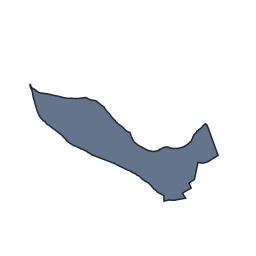 the district of Kota Dumai, Riau, Indonesia, rotated 327°
{"feature_id": "22746128B18875576502901", "entity_name": "Kota Dumai", "entity_type": "district", "adm_level": 2, "iso_a3": "IDN", "parent_name": "Indonesia", "parent_adm1": "Riau", "projection": "robinson", "projection_center": [101.324, 1.853], "detail": "fine", "context": "isolated", "style": "filled", "palette": "slate", "viewbox_px": 256, "rotation_deg": 327, "n_neighbors": 0, "source": "geoboundaries", "source_scale": "gbopen_adm2", "svg_char_len": 5459}
<svg xmlns="http://www.w3.org/2000/svg" viewBox="0 0 256 256"><g transform="rotate(327 128 128)"><path d="M195.4,166.7L194.7,166.7L194.5,166.8L194.3,166.7L194.0,166.7L193.8,166.8L192.7,166.9L191.4,167.3L191.0,167.4L189.9,167.8L189.4,167.9L186.4,167.9L185.8,168.1L185.7,168.2L184.4,168.1L183.8,168.2L183.5,168.6L183.1,168.9L181.7,169.2L181.4,169.3L180.2,169.5L179.5,169.8L179.3,170.0L178.9,170.1L178.3,170.4L178.1,170.5L177.9,170.5L177.7,170.8L177.0,171.2L176.7,171.7L176.5,171.8L176.0,172.0L175.7,172.1L175.2,172.4L174.3,173.1L173.6,173.4L172.2,173.5L172.0,173.9L170.6,173.9L169.8,174.1L169.6,174.2L168.7,174.1L168.0,174.1L167.8,174.2L167.6,174.2L167.4,174.2L167.2,174.3L167.1,174.2L166.6,174.2L166.3,174.3L165.8,174.2L165.5,174.0L164.8,174.1L164.4,174.2L164.2,174.0L163.6,174.0L163.2,173.7L162.5,173.5L162.4,173.4L162.2,173.4L161.9,173.4L161.6,173.2L161.2,173.1L160.7,173.0L160.2,172.8L159.5,172.6L159.3,172.4L158.7,172.3L158.3,171.9L158.0,171.9L157.4,171.5L157.0,171.2L155.6,170.3L155.0,169.8L154.5,169.6L154.0,169.2L153.8,168.8L153.6,168.6L153.5,168.4L153.3,168.2L152.3,167.9L152.1,167.5L151.8,166.5L151.5,166.2L151.0,165.6L150.3,165.3L149.7,164.8L149.5,164.7L149.4,164.5L149.3,164.4L149.0,164.4L148.3,164.1L148.0,163.9L147.8,163.8L146.7,163.6L145.9,163.6L145.7,163.5L143.1,163.5L143.1,163.4L142.9,163.2L142.4,163.3L142.3,163.1L141.9,163.5L141.7,163.6L141.4,163.4L141.2,163.4L139.8,163.1L139.0,162.6L138.8,162.6L138.4,162.4L138.1,162.4L138.0,162.2L137.7,162.1L136.9,161.7L135.8,161.0L135.6,160.7L135.4,160.6L135.3,160.4L134.0,159.3L133.8,158.9L133.4,158.6L133.3,158.3L132.8,158.0L132.7,157.9L132.5,157.4L132.4,157.3L132.2,157.2L131.9,156.5L131.5,156.4L131.4,156.2L131.3,155.5L131.2,155.4L131.0,155.1L130.9,155.1L130.8,154.4L130.5,153.9L130.3,153.5L129.9,153.0L129.8,152.9L129.7,152.8L129.1,151.3L128.9,151.2L128.4,150.2L127.7,149.0L127.6,148.6L127.4,148.4L127.2,148.1L126.9,147.1L125.9,144.0L125.6,142.5L125.6,140.5L125.9,138.8L126.1,137.9L126.1,136.8L126.4,135.9L126.4,135.5L126.8,134.6L127.1,133.3L127.1,132.6L126.7,132.0L126.5,131.8L126.0,131.2L125.9,131.1L125.8,130.9L125.6,130.7L125.3,130.1L124.9,129.0L124.5,127.4L124.1,124.9L123.9,124.1L123.8,123.8L123.7,123.4L123.3,122.5L122.8,121.0L122.0,119.8L122.0,119.6L122.1,119.4L121.9,119.0L121.8,118.1L121.7,117.3L121.5,117.1L121.5,116.8L121.4,116.7L121.1,115.6L121.2,115.1L121.2,114.7L121.1,114.1L120.8,113.7L120.8,113.0L120.7,112.8L120.7,112.7L120.7,112.1L120.5,110.9L120.4,110.3L120.1,109.8L120.1,108.9L120.4,107.9L120.2,106.9L120.1,106.7L120.1,105.6L119.9,104.9L119.7,103.6L119.4,103.0L119.4,102.5L119.4,101.4L119.3,100.8L119.1,100.4L119.1,100.1L119.1,99.3L119.3,98.9L119.2,97.8L119.4,97.4L119.4,97.1L119.1,96.5L119.0,96.4L118.4,95.4L118.4,95.0L118.3,94.9L118.3,94.7L117.7,93.0L116.9,90.6L116.8,90.4L116.7,90.0L116.4,88.9L116.0,87.8L115.7,87.5L115.7,87.4L115.3,87.0L115.2,87.0L114.5,86.2L114.4,86.2L113.9,85.6L113.7,85.5L113.4,85.4L113.1,85.1L112.6,84.6L112.2,84.3L111.8,83.8L111.5,83.1L111.2,83.0L110.9,82.5L110.1,80.9L110.0,80.6L109.6,80.2L109.5,79.9L109.0,79.2L108.7,79.1L108.4,79.0L108.0,78.9L107.9,78.8L106.7,78.2L106.3,78.0L105.8,77.8L105.5,77.6L104.0,77.0L103.7,76.8L102.7,76.3L102.5,76.2L101.2,75.5L101.1,75.3L99.2,74.2L98.9,73.9L98.6,73.7L97.9,73.0L97.7,73.0L97.0,72.4L96.6,72.2L96.3,71.9L93.7,70.3L92.6,69.4L92.2,69.1L91.8,68.6L91.1,67.9L90.9,67.8L90.7,67.6L90.4,67.3L89.4,66.1L89.1,66.0L88.5,65.2L88.4,65.0L87.5,64.1L87.0,63.6L86.7,63.3L86.4,63.1L86.2,62.9L86.0,62.5L85.2,61.8L84.9,61.6L84.4,61.0L84.2,60.9L84.0,60.6L83.8,60.5L83.6,60.2L83.4,60.1L83.0,59.5L82.7,59.3L82.1,58.7L81.4,57.9L81.2,57.7L80.6,57.1L80.2,56.7L79.6,56.1L79.1,55.6L78.7,55.2L77.0,53.8L76.5,53.2L75.8,52.7L75.4,52.5L75.0,52.4L75.0,52.1L74.3,51.5L74.1,51.2L73.7,51.0L73.2,50.3L72.8,49.9L72.2,48.9L71.9,48.2L71.6,47.2L71.3,47.1L71.3,46.7L71.3,45.9L71.0,45.5L71.0,45.2L70.8,45.0L70.6,44.2L69.8,43.5L69.7,43.0L69.5,42.4L69.3,41.4L69.3,40.6L69.3,40.0L69.5,39.3L69.8,38.8L69.8,38.2L70.1,37.8L69.7,38.0L69.0,38.8L68.7,39.5L68.4,40.5L68.3,40.9L68.3,41.3L68.2,41.5L68.1,43.4L68.2,43.6L67.8,44.3L67.9,44.6L67.7,45.2L67.5,45.3L67.5,45.7L66.9,46.8L66.8,47.2L66.6,47.5L66.5,47.8L66.4,47.9L66.4,48.1L66.2,48.3L65.3,50.5L65.1,51.4L64.9,51.9L64.8,52.4L64.6,52.6L64.4,53.8L64.2,54.5L63.8,55.5L63.6,55.7L63.5,56.3L63.2,57.1L62.6,59.2L62.5,59.5L62.3,60.4L61.8,61.6L60.8,65.7L60.4,67.9L60.3,69.0L60.3,69.3L60.2,69.4L60.2,70.2L60.2,71.0L60.3,71.7L60.4,73.1L60.8,74.9L60.8,75.6L61.2,76.1L61.3,76.1L61.6,76.8L61.9,77.2L61.9,80.5L62.3,81.2L63.3,82.7L63.6,83.8L64.6,87.1L65.7,89.7L67.7,95.7L68.6,97.9L68.8,99.1L68.8,99.4L69.1,101.2L69.3,101.8L69.8,106.2L70.8,108.7L72.2,111.8L73.3,113.9L74.4,114.6L75.0,115.8L75.0,116.4L75.6,117.1L76.4,118.5L77.0,119.7L78.2,121.1L78.8,121.9L79.4,123.1L79.7,123.9L80.5,124.5L81.2,127.0L81.7,127.6L82.2,128.3L82.5,129.1L82.9,130.7L83.5,131.3L83.4,131.3L91.0,141.7L96.7,149.5L99.0,153.3L99.4,154.0L100.7,156.4L101.6,157.7L104.1,162.0L106.1,164.7L106.8,166.3L108.2,169.0L109.2,170.4L109.3,170.4L109.6,172.1L111.0,174.2L111.6,175.4L111.5,176.5L112.0,178.4L112.2,178.8L112.7,179.9L113.7,182.5L114.4,183.5L115.0,184.6L115.6,186.9L116.5,193.4L117.1,194.6L117.5,196.1L117.7,197.8L119.3,200.7L121.3,204.3L118.3,208.9L122.8,210.5L127.6,213.9L138.1,218.2L138.1,212.4L143.2,212.5L148.2,212.8L149.2,207.3L155.6,207.4L167.1,195.8L167.6,195.0L168.6,195.6L170.0,197.0L171.7,198.3L173.9,199.1L176.6,199.8L183.0,199.9L188.6,200.1L195.8,169.1L195.7,167.8L195.4,166.7Z" fill="#64748b" stroke="#1e293b" stroke-width="1.5"/></g></svg>